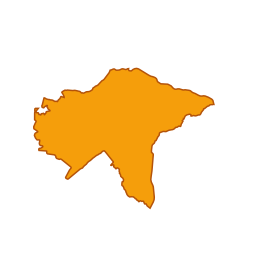 SVG path tracing the border of Matabeleland North, rotated 141°
{"feature_id": "ZWE-526", "entity_name": "Matabeleland North", "entity_type": "Province", "adm_level": 1, "iso_a3": "ZWE", "parent_name": "Zimbabwe", "parent_adm1": "", "projection": "mercator", "projection_center": [27.816, -18.601], "detail": "fine", "context": "isolated", "style": "filled", "palette": "amber", "viewbox_px": 256, "rotation_deg": 141, "n_neighbors": 0, "source": "natural_earth", "source_scale": "10m", "svg_char_len": 5864}
<svg xmlns="http://www.w3.org/2000/svg" viewBox="0 0 256 256"><g transform="rotate(141 128 128)"><path d="M75.8,145.1L74.7,141.7L69.5,137.0L68.0,133.6L67.8,130.4L67.3,128.9L66.3,127.9L64.7,127.1L63.5,126.1L61.5,123.2L60.9,122.6L59.5,121.7L56.8,118.8L56.2,117.9L56.0,117.3L55.6,115.4L55.3,114.6L54.0,112.4L52.6,109.0L51.7,107.4L50.5,106.3L49.1,105.5L47.9,104.3L46.2,101.3L45.0,98.3L44.7,97.3L44.7,96.0L46.4,92.3L46.7,92.6L47.5,92.9L48.8,93.9L49.6,94.3L50.0,94.4L51.3,94.3L52.6,94.9L53.1,94.9L56.2,94.9L57.1,95.3L57.3,95.2L57.7,94.8L57.9,94.7L60.7,94.1L62.9,93.1L64.0,93.0L65.0,93.8L66.5,94.3L67.5,94.7L68.3,95.3L69.1,96.4L71.0,97.2L71.5,97.9L70.9,98.2L70.8,98.8L71.1,99.5L71.5,100.0L74.1,101.2L75.8,101.3L76.3,101.2L78.6,100.0L78.9,100.3L79.1,99.8L79.8,99.7L80.6,99.6L81.2,99.5L81.2,98.6L82.1,98.3L82.8,97.9L83.8,97.7L85.6,96.4L86.0,96.2L86.4,96.3L87.1,97.4L87.5,97.5L89.4,97.7L89.8,97.9L90.4,98.4L90.7,98.5L92.3,98.2L94.2,98.6L97.4,100.4L99.1,100.9L100.2,101.1L100.9,101.4L102.7,103.1L103.4,103.4L105.7,104.2L106.3,104.3L106.8,104.2L108.0,103.1L108.5,102.7L109.2,102.5L110.2,102.4L114.1,100.6L115.1,100.9L116.6,99.9L117.1,99.7L119.0,99.6L119.7,99.5L120.8,98.8L123.6,96.1L125.0,94.4L124.8,92.3L124.9,91.8L125.3,91.2L136.3,79.7L140.6,75.7L142.8,73.5L143.9,71.3L144.8,67.8L145.4,66.3L151.1,57.7L152.8,55.9L154.9,54.6L161.3,51.8L162.1,55.3L161.7,57.7L161.9,57.9L162.5,58.2L162.8,58.5L162.8,58.9L162.3,60.4L162.1,61.2L162.2,61.5L162.7,61.9L163.3,62.2L163.5,62.3L164.0,63.4L164.2,63.7L164.5,63.8L165.4,63.7L165.8,63.9L166.1,64.2L165.9,65.3L166.1,65.8L166.5,66.5L166.5,66.9L166.3,67.4L166.3,67.6L166.8,68.5L166.8,69.6L167.2,71.1L167.4,71.4L168.2,72.0L168.6,72.5L169.0,72.8L169.7,73.1L170.0,73.3L170.2,73.6L170.7,75.5L170.6,77.1L170.1,78.4L170.1,78.9L169.8,79.5L169.2,81.2L169.4,83.1L169.0,83.8L168.7,84.9L168.5,85.6L168.5,85.9L168.8,86.9L168.7,87.5L167.6,88.8L166.5,89.8L166.3,89.8L166.1,89.8L165.8,89.5L165.4,89.4L165.1,89.6L164.0,90.6L163.6,92.0L163.6,92.3L164.0,94.4L164.0,94.8L164.0,95.1L163.4,96.1L163.1,97.0L163.1,97.6L163.2,98.0L163.0,98.4L162.6,98.6L162.4,98.9L162.2,99.7L162.0,100.1L161.0,101.0L160.7,101.4L160.8,101.8L161.1,103.2L161.4,103.7L161.8,103.9L162.0,103.9L162.7,103.8L162.9,103.8L163.1,104.0L163.2,104.3L163.1,105.2L163.2,105.7L163.4,106.3L163.5,106.8L163.3,107.2L162.5,107.9L162.4,108.1L162.5,108.4L162.6,108.7L163.1,109.0L164.3,109.3L164.5,109.4L164.7,109.6L164.8,109.9L164.7,110.0L162.3,110.4L161.1,110.6L160.9,110.8L160.7,111.0L160.6,123.8L160.8,125.1L161.6,125.7L162.2,125.8L162.7,125.9L165.2,125.6L166.6,126.0L168.3,126.1L169.6,126.5L173.7,126.6L174.5,126.7L176.0,126.5L178.1,126.5L179.5,126.7L181.2,126.6L183.1,126.1L185.8,126.1L187.2,125.9L188.3,125.6L188.8,125.6L189.5,125.9L190.9,126.2L206.4,126.0L206.8,126.1L207.1,126.3L207.6,127.3L207.8,127.8L207.8,128.2L207.7,128.7L207.3,129.0L200.0,132.1L197.7,132.6L197.3,132.8L197.0,133.2L197.0,134.0L199.4,145.1L199.6,145.7L199.8,146.2L200.2,146.5L201.0,146.8L201.3,147.1L202.5,149.1L202.6,149.5L202.5,150.5L201.9,151.5L201.9,153.2L202.3,153.7L202.7,154.1L206.5,158.2L206.8,158.6L206.9,158.9L206.9,159.4L206.8,159.8L205.8,161.2L206.0,161.6L211.3,166.6L210.9,167.4L210.7,167.6L210.3,167.9L209.9,168.0L209.6,167.9L208.7,167.3L208.3,167.2L206.7,166.9L206.1,167.0L205.9,167.2L205.8,167.4L205.7,167.9L205.9,168.2L207.0,169.4L207.1,169.8L207.2,170.1L207.0,171.1L206.8,171.5L206.5,172.0L204.6,173.6L204.3,174.1L204.4,174.4L204.6,174.7L205.2,175.2L206.1,175.9L206.2,176.2L206.2,178.4L205.5,180.9L205.2,181.3L204.2,182.0L203.7,182.2L203.2,182.3L200.7,181.8L200.4,182.0L200.4,182.5L201.2,185.3L201.6,186.4L201.5,186.8L200.7,188.0L200.3,188.4L197.3,190.0L195.3,190.9L195.1,191.4L195.1,192.0L195.4,192.9L195.4,193.1L195.2,193.4L191.2,198.3L190.4,199.1L189.7,199.6L189.4,200.3L188.3,201.5L187.8,201.5L187.5,201.5L185.3,199.7L188.1,199.1L188.8,198.8L189.1,198.6L189.4,198.1L189.5,197.6L189.4,197.4L188.5,196.7L188.2,196.3L188.2,196.0L188.6,195.0L188.7,194.5L188.6,194.3L188.0,194.1L187.8,194.0L187.7,193.3L187.6,193.1L187.3,193.1L186.7,193.4L186.1,193.5L185.2,192.9L184.5,192.7L184.4,192.6L184.3,192.3L184.4,191.6L184.6,191.0L184.5,190.9L184.4,190.9L184.2,190.9L183.3,191.2L182.4,191.3L181.4,192.0L181.1,192.0L180.7,191.9L178.3,190.6L177.8,190.5L177.7,190.7L177.6,190.9L177.7,191.4L178.1,193.0L178.0,193.4L177.7,194.4L177.7,195.2L177.6,195.5L176.8,196.0L176.6,196.2L176.7,196.4L176.9,196.6L177.4,196.8L178.5,196.8L179.3,197.0L179.7,197.0L180.2,196.8L180.6,196.7L180.9,196.8L181.2,197.3L181.6,197.8L181.7,198.2L181.1,199.4L180.1,199.9L174.5,204.1L174.2,204.2L173.5,203.1L173.2,202.0L172.6,201.1L172.1,200.6L171.8,200.0L171.1,199.5L170.9,199.1L170.7,198.7L169.9,198.0L169.0,197.0L168.9,196.8L168.8,196.1L168.4,195.5L168.1,194.6L167.7,194.4L166.9,194.0L166.8,193.8L166.5,193.2L166.3,193.0L166.0,193.0L164.6,193.6L162.4,193.7L160.5,194.6L160.3,194.6L160.1,194.5L158.6,192.2L158.4,191.9L158.2,192.1L158.0,192.4L157.5,194.2L157.2,195.6L157.1,196.9L157.0,197.3L156.8,197.5L155.5,197.5L153.8,197.2L153.2,197.1L152.8,196.7L152.1,196.0L151.1,195.5L150.5,194.9L147.4,191.9L145.6,190.7L144.2,189.0L143.3,187.8L142.6,187.0L142.4,186.6L142.1,184.7L141.9,184.3L141.3,184.0L140.7,183.1L139.8,182.8L138.7,182.6L137.8,182.4L137.2,182.1L135.8,181.1L135.0,180.7L134.1,180.4L131.9,180.2L131.3,180.3L130.3,181.0L129.7,181.1L128.3,180.9L127.6,180.9L127.2,181.0L126.7,180.9L126.0,180.6L124.4,180.3L118.6,181.1L117.7,180.9L116.2,180.8L108.1,182.8L107.4,183.1L105.4,184.2L104.6,183.7L102.7,183.2L102.0,182.9L101.4,182.3L101.1,181.3L100.8,180.4L100.0,179.7L98.4,178.6L97.6,178.3L95.9,177.9L95.2,177.6L94.4,176.8L93.2,175.1L92.3,174.5L91.0,174.3L90.2,173.8L90.5,173.6L90.8,173.1L91.1,172.1L91.0,171.8L90.2,170.9L89.8,170.6L89.4,170.3L87.1,170.3L85.3,169.8L83.7,168.8L82.6,167.2L78.6,155.9L77.7,153.9L76.4,152.2L75.4,150.5L75.1,149.7L74.9,148.6L75.0,147.7L75.7,146.1L75.8,145.1Z" fill="#f59e0b" stroke="#b45309" stroke-width="1.5"/></g></svg>